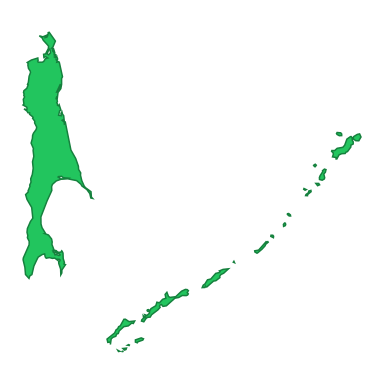 map outline of Sakhalin (Robinson projection)
{"feature_id": "RUS-2616", "entity_name": "Sakhalin", "entity_type": "Region", "adm_level": 1, "iso_a3": "RUS", "parent_name": "Russia", "parent_adm1": "", "projection": "robinson", "projection_center": [146.417, 48.915], "detail": "fine", "context": "isolated", "style": "filled", "palette": "green", "viewbox_px": 384, "rotation_deg": 0, "n_neighbors": 0, "source": "natural_earth", "source_scale": "10m", "svg_char_len": 5800}
<svg xmlns="http://www.w3.org/2000/svg" viewBox="0 0 384 384"><path d="M44.8,36.0L45.0,37.7L46.0,37.4L45.7,36.6L47.1,36.9L47.4,36.4L46.9,35.1L48.3,33.9L48.2,32.6L49.2,32.3L55.4,41.1L52.8,47.3L51.7,48.2L53.5,48.6L54.9,53.1L53.3,49.4L52.5,49.8L52.8,51.2L54.6,53.2L54.1,54.0L55.5,54.6L54.7,55.2L56.4,56.0L54.5,57.0L55.7,57.8L56.8,57.1L57.5,58.3L57.5,59.7L56.3,59.9L57.2,61.1L56.8,62.2L58.8,61.7L59.4,62.7L62.5,76.8L61.6,78.5L61.6,84.4L60.8,88.7L58.4,92.0L58.6,89.5L60.3,88.4L59.4,87.9L60.8,84.8L60.1,84.6L56.7,92.0L57.8,91.8L58.0,92.7L57.3,98.2L56.5,97.3L56.1,98.7L57.0,99.1L57.4,101.8L56.7,102.6L57.5,104.1L57.5,105.3L58.6,105.8L59.2,104.8L60.9,110.1L59.6,110.9L58.6,115.3L61.2,115.7L61.0,113.3L61.9,111.8L62.5,114.1L63.7,115.7L64.2,120.5L63.2,119.7L62.1,120.3L64.2,122.0L64.4,124.2L65.1,124.0L65.2,123.2L64.7,121.4L65.3,122.1L70.9,150.0L75.7,158.5L78.4,166.2L78.6,169.4L80.7,172.9L80.5,175.2L81.8,180.7L84.1,185.9L85.4,187.6L91.0,191.7L91.4,197.1L92.6,198.4L90.8,198.0L89.8,193.6L86.8,189.5L81.9,186.0L80.9,184.2L76.6,180.6L68.2,178.9L69.1,178.2L63.4,177.7L61.6,176.3L58.3,176.6L58.1,177.1L59.9,178.1L59.9,178.9L67.7,178.8L60.9,179.3L56.3,180.9L52.4,184.4L51.6,186.7L51.8,190.5L47.1,200.8L40.9,216.9L41.0,224.0L42.0,227.6L45.5,233.4L44.7,233.6L48.5,235.0L51.6,239.0L52.2,242.0L51.9,244.3L53.9,249.7L53.4,250.0L55.1,250.4L53.2,251.1L53.0,251.8L54.2,252.8L55.0,254.9L56.6,254.6L59.0,255.6L60.1,254.9L59.2,253.7L55.6,252.8L55.1,251.8L55.7,251.0L58.5,252.3L60.8,252.2L61.7,250.8L62.2,251.4L63.0,253.1L63.2,258.5L64.4,262.5L63.9,264.0L65.5,264.6L61.9,270.0L61.8,273.0L60.8,274.8L60.6,269.0L58.8,263.6L58.6,261.3L59.6,261.2L60.1,260.0L59.5,259.3L57.4,259.2L58.0,260.5L54.7,258.1L52.5,258.4L49.4,257.6L46.2,258.2L45.2,256.9L44.6,253.9L42.1,254.6L38.2,257.1L37.0,259.4L33.9,266.0L31.9,274.6L29.9,275.8L29.0,278.4L25.5,274.5L24.9,267.4L23.1,259.8L23.3,258.0L29.1,244.8L29.2,241.4L27.4,237.7L27.8,235.6L27.0,232.3L27.4,228.5L30.5,221.4L32.8,218.2L31.7,207.5L27.0,199.4L25.6,194.6L28.2,192.0L28.1,190.8L30.0,186.2L29.7,185.1L31.0,182.2L30.7,178.8L32.3,174.5L33.2,168.3L32.5,161.8L33.8,156.4L33.1,150.5L33.4,148.5L31.1,143.1L32.4,138.4L32.6,135.4L33.4,133.3L36.2,129.4L36.7,127.1L34.6,122.9L34.8,121.3L32.6,118.3L33.1,117.6L32.7,116.8L29.6,114.3L29.6,112.8L28.0,112.8L26.9,111.0L24.0,108.9L26.7,109.7L27.1,109.0L26.8,107.2L23.0,105.0L23.9,104.2L23.3,99.3L24.6,96.9L23.8,95.5L24.1,93.8L23.5,92.6L23.9,90.7L26.8,88.3L28.2,84.8L27.5,84.4L28.3,82.6L29.1,76.3L30.5,72.5L30.2,71.0L28.5,68.5L27.9,65.3L28.1,63.4L27.2,62.5L31.4,60.0L37.8,58.0L38.1,60.5L37.7,61.1L38.2,62.2L42.5,62.2L44.0,61.1L45.3,58.8L47.8,58.0L45.6,56.6L43.9,57.5L43.6,54.3L46.9,53.6L48.6,54.8L50.5,52.9L50.1,50.0L49.1,48.9L47.6,52.7L46.0,53.1L48.4,48.4L48.5,46.0L43.3,40.3L42.1,37.9L39.3,35.8L42.9,36.8L44.8,36.0ZM187.2,292.6L188.3,293.9L187.6,295.0L186.3,295.6L182.2,295.5L178.7,297.5L174.9,298.2L166.4,305.8L163.0,306.4L161.4,304.5L160.2,304.9L159.5,306.2L160.1,307.4L157.9,309.9L151.6,314.7L150.2,317.1L147.5,317.4L146.1,318.4L143.8,321.8L141.5,321.1L141.8,319.8L143.6,318.0L143.3,315.8L144.8,317.5L145.7,316.6L144.8,314.7L147.0,315.4L149.5,313.2L149.6,311.9L147.7,311.3L147.1,310.7L147.4,309.8L148.4,309.6L149.9,310.6L151.0,308.6L155.8,305.7L156.9,302.2L159.4,302.8L162.6,299.3L165.9,298.2L165.1,294.4L166.9,292.3L168.5,296.5L170.0,297.4L175.7,296.7L181.5,291.2L185.4,289.4L187.2,289.6L188.4,290.7L187.2,292.6ZM352.4,140.6L353.2,141.8L353.2,144.0L350.9,145.2L350.8,147.1L347.5,151.6L346.1,152.1L345.1,153.5L341.7,153.7L339.0,154.9L336.8,159.0L336.0,158.9L336.2,157.5L332.5,156.9L333.3,154.4L333.1,152.7L331.6,151.4L331.9,150.5L334.6,150.6L337.2,148.3L342.8,147.3L344.7,145.2L346.9,139.1L350.2,136.8L351.0,136.5L352.0,137.4L352.4,140.6ZM129.0,321.6L134.7,321.0L133.3,323.5L131.7,323.1L128.3,325.9L123.8,326.7L119.2,330.9L118.3,333.5L116.6,334.1L115.8,336.3L113.0,337.3L111.2,338.8L110.4,344.5L110.4,342.6L109.5,342.1L107.8,342.4L107.0,339.1L114.6,333.0L116.1,329.8L117.7,328.7L118.6,326.7L120.3,325.8L123.9,319.3L125.4,319.2L129.0,321.6ZM223.0,269.4L228.5,268.8L223.7,273.2L221.0,274.5L219.7,276.0L219.9,277.6L215.9,280.7L213.5,281.1L206.9,286.9L206.1,287.0L205.5,286.1L204.8,287.5L202.2,287.6L203.2,285.2L204.9,284.0L207.5,279.8L210.8,279.0L215.7,273.4L219.4,272.5L220.1,271.6L219.4,270.9L223.0,269.4ZM359.6,133.9L361.0,137.0L358.8,140.8L355.8,140.7L353.6,139.2L353.2,137.8L353.8,136.5L357.3,134.4L359.6,133.9ZM324.4,169.1L326.0,169.6L325.4,172.2L323.8,174.1L324.7,177.7L324.3,179.0L322.2,180.2L319.5,179.5L319.4,177.5L320.1,175.7L322.7,171.7L322.5,170.7L324.4,169.1ZM266.1,242.6L267.8,241.6L268.2,242.2L265.7,244.3L265.1,245.8L262.0,249.2L258.1,252.5L257.0,253.2L254.9,252.0L254.7,250.8L258.6,250.1L266.5,241.2L266.1,242.6ZM141.2,337.9L143.5,338.8L142.8,340.1L137.9,341.8L137.3,342.8L135.4,342.1L135.4,339.9L141.2,337.9ZM339.3,135.7L337.1,134.5L336.5,133.6L337.1,132.5L340.7,132.8L341.7,134.0L341.7,135.6L339.3,135.7ZM310.9,190.4L311.1,191.7L307.6,194.6L307.5,195.7L305.6,195.6L306.0,194.5L308.4,192.7L308.8,191.0L310.9,190.4ZM318.7,183.4L319.6,184.8L317.6,185.7L315.8,183.4L318.7,183.4ZM272.8,235.2L273.6,236.2L273.4,237.7L270.8,236.4L271.0,235.2L272.8,235.2ZM284.5,223.0L285.4,223.2L285.7,224.7L285.2,225.7L283.6,226.4L283.4,224.4L284.5,223.0ZM290.4,214.9L290.6,216.0L289.2,216.0L287.4,214.5L287.5,213.7L288.7,213.5L290.4,214.9ZM122.9,348.5L126.5,348.1L126.0,349.5L124.6,350.1L122.9,348.5ZM315.2,164.2L316.3,165.2L315.3,166.7L314.5,166.6L313.6,165.3L315.2,164.2ZM304.0,188.5L306.3,189.6L305.1,190.2L303.7,189.3L304.0,188.5ZM117.8,350.3L119.7,351.3L118.5,351.5L117.8,350.3ZM233.9,261.3L234.5,262.7L233.3,262.2L233.9,261.3ZM129.4,345.0L129.2,345.5L127.5,345.2L128.6,344.6L129.4,345.0ZM123.2,350.6L122.9,351.5L121.6,351.7L123.0,351.1L123.2,350.6ZM45.0,36.0L46.1,35.5L46.5,35.6L45.0,36.0Z" fill="#22c55e" stroke="#15803d" stroke-width="1.5"/></svg>